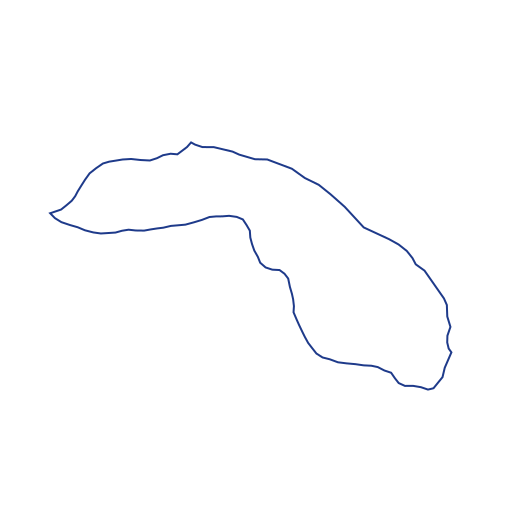 the district of III-2 Bonasika/Boerasirie, Essequibo Islands-West Demerara, Guyana, rotated 101°
{"feature_id": "73187651B69188247216871", "entity_name": "III-2 Bonasika/Boerasirie", "entity_type": "district", "adm_level": 2, "iso_a3": "GUY", "parent_name": "Guyana", "parent_adm1": "Essequibo Islands-West Demerara", "projection": "natural_earth1", "projection_center": [-58.423, 6.616], "detail": "fine", "context": "isolated", "style": "outline", "palette": "blue", "viewbox_px": 512, "rotation_deg": 101, "n_neighbors": 0, "source": "geoboundaries", "source_scale": "gbopen_adm2", "svg_char_len": 1633}
<svg xmlns="http://www.w3.org/2000/svg" viewBox="0 0 512 512"><g transform="rotate(101 256 256)"><path d="M253.3,466.2L257.2,460.6L259.9,453.5L261.1,444.5L261.8,436.5L263.4,428.8L263.9,420.2L263.5,412.6L261.4,404.5L259.8,398.4L256.8,392.4L254.5,386.1L253.9,378.9L252.4,370.6L250.1,364.7L247.8,358.3L245.9,352.4L242.7,345.3L240.6,337.9L238.7,331.3L234.7,323.2L230.9,316.0L226.6,309.1L224.8,302.9L223.5,296.6L221.7,290.1L221.3,282.4L222.6,275.9L227.4,271.2L232.3,266.9L239.0,265.1L245.0,262.2L251.0,258.7L256.5,254.0L261.8,250.6L265.4,244.4L266.3,237.4L265.3,230.2L268.0,224.6L272.0,220.1L279.9,216.8L286.3,213.5L291.4,211.3L298.0,209.2L304.1,208.4L310.6,204.0L315.3,200.7L321.4,196.2L326.0,192.7L331.4,188.2L335.7,183.3L340.2,178.1L342.9,171.3L343.3,163.9L344.7,155.3L344.1,146.5L343.2,137.8L342.8,129.5L341.7,121.8L341.8,115.3L343.9,108.1L344.8,101.1L349.6,96.2L353.5,91.7L355.1,85.0L353.5,77.1L353.3,69.1L354.3,61.7L352.6,57.9L351.9,56.5L339.7,50.0L339.4,49.8L329.7,49.4L313.3,45.8L310.1,49.2L304.4,51.8L297.7,52.9L288.5,51.6L278.9,56.7L267.7,59.3L261.8,63.4L238.2,87.8L233.7,97.6L228.2,102.0L222.3,108.9L217.5,118.2L214.1,128.6L207.4,155.7L190.8,178.3L181.2,194.6L174.2,207.9L170.1,223.0L163.5,237.4L159.1,263.4L161.2,275.5L159.7,291.8L158.0,298.9L157.2,318.1L159.3,329.4L158.3,337.0L156.9,341.4L162.2,344.5L166.9,348.7L171.2,352.6L171.9,359.3L174.8,366.5L178.9,371.9L182.5,378.4L183.8,387.6L184.6,397.1L186.7,405.3L189.1,411.8L191.4,418.1L194.4,423.9L200.2,429.6L206.6,435.1L213.8,438.4L220.2,440.9L226.5,443.3L231.8,444.9L236.9,447.4L242.8,452.1L247.6,456.2L253.3,466.2Z" fill="none" stroke="#1e3a8a" stroke-width="2"/></g></svg>